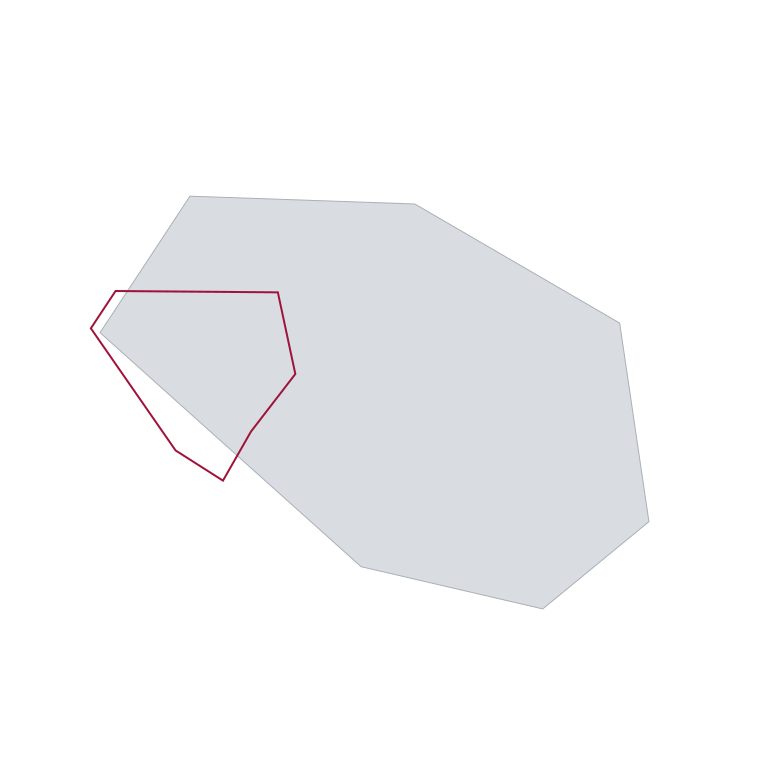 where Meneng sits in Nauru, rotated 109°
{"feature_id": "NRU-4982", "entity_name": "Meneng", "entity_type": "state/province", "adm_level": 1, "iso_a3": "NRU", "parent_name": "Nauru", "parent_adm1": "", "projection": "equal_earth", "projection_center": [166.942, -0.541], "detail": "fine", "context": "in_parent", "style": "outline", "palette": "rose", "viewbox_px": 768, "rotation_deg": 109, "n_neighbors": 0, "source": "natural_earth", "source_scale": "10m", "svg_char_len": 419}
<svg xmlns="http://www.w3.org/2000/svg" viewBox="0 0 768 768"><g transform="rotate(109 384 384)"><path d="M564.2,346.2L427.9,669.2L269.6,628.6L203.8,413.5L249.7,181.0L427.9,88.7L545.0,160.7L564.2,346.2Z" fill="#d9dde1" stroke="#a8b0b8" stroke-width="1"/><path d="M527.8,504.8L514.7,559.4L426.8,679.3L383.5,668.1L331.9,514.2L403.4,471.1L472.3,494.3L527.8,504.8Z" fill="none" stroke="#9f1239" stroke-width="2"/></g></svg>